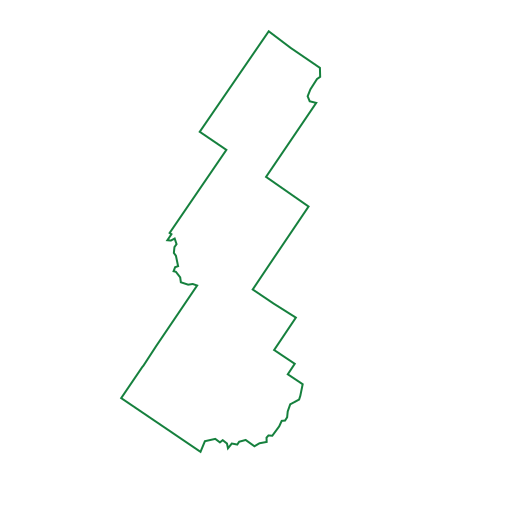 outline of Powell, Montana, United States of America, rotated 34°
{"feature_id": "52423323B29288838375907", "entity_name": "Powell", "entity_type": "district", "adm_level": 2, "iso_a3": "USA", "parent_name": "United States of America", "parent_adm1": "Montana", "projection": "albers", "projection_center": [-112.818, 46.933], "detail": "fine", "context": "isolated", "style": "outline", "palette": "green", "viewbox_px": 512, "rotation_deg": 34, "n_neighbors": 0, "source": "geoboundaries", "source_scale": "gbopen_adm2", "svg_char_len": 983}
<svg xmlns="http://www.w3.org/2000/svg" viewBox="0 0 512 512"><g transform="rotate(34 256 256)"><path d="M140.9,62.6L139.9,184.5L172.1,184.6L171.5,285.2L173.7,285.2L173.7,292.5L176.8,290.8L178.8,287.0L183.5,290.6L183.4,294.2L186.2,299.4L189.5,300.6L197.1,308.0L195.2,310.5L196.2,314.7L198.4,313.9L205.1,316.1L208.4,319.8L215.8,317.7L219.2,314.6L223.7,313.4L223.6,386.3L224.0,410.0L223.8,411.6L223.7,449.2L319.5,449.4L317.2,438.1L324.5,430.4L330.3,430.7L331.4,427.3L336.8,427.7L340.3,431.1L340.8,425.0L345.9,422.8L345.9,419.4L350.3,414.3L361.1,414.6L363.6,409.3L368.8,404.2L366.3,400.7L366.7,397.8L370.0,395.9L370.5,384.3L369.5,378.3L372.1,376.2L372.0,372.3L369.2,367.1L367.3,359.8L372.0,350.9L370.9,347.1L366.4,336.2L348.5,336.3L348.4,323.7L323.6,323.8L323.5,284.8L297.2,285.6L272.0,285.6L271.9,254.4L271.9,185.6L220.1,184.8L220.3,95.4L214.0,97.7L209.5,94.7L207.9,87.4L207.6,75.2L209.0,71.6L203.8,64.3L168.4,64.1L140.9,62.6Z" fill="none" stroke="#15803d" stroke-width="2"/></g></svg>